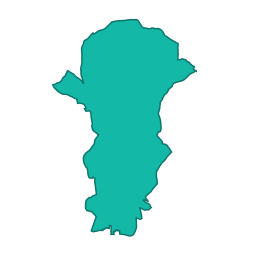 the district of Aiton, Cluj, Romania, rotated 266°
{"feature_id": "2599482B48595612895223", "entity_name": "Aiton", "entity_type": "district", "adm_level": 2, "iso_a3": "ROU", "parent_name": "Romania", "parent_adm1": "Cluj", "projection": "equal_earth", "projection_center": [23.738, 46.677], "detail": "fine", "context": "isolated", "style": "filled", "palette": "teal", "viewbox_px": 256, "rotation_deg": 266, "n_neighbors": 0, "source": "geoboundaries", "source_scale": "gbopen_adm2", "svg_char_len": 5680}
<svg xmlns="http://www.w3.org/2000/svg" viewBox="0 0 256 256"><g transform="rotate(266 128 128)"><path d="M169.3,60.7L168.2,62.2L166.5,64.9L166.2,65.7L166.2,66.4L166.0,67.7L166.0,68.4L165.5,69.8L164.4,71.9L163.7,72.6L163.2,74.0L162.5,75.1L161.2,77.0L160.4,79.0L160.2,79.1L157.7,79.2L156.1,79.5L156.2,80.7L156.2,81.4L155.9,83.2L155.7,83.7L154.8,85.3L154.5,85.8L154.2,86.1L153.3,86.6L150.6,87.4L150.4,87.3L150.2,86.9L150.2,86.0L148.6,86.7L147.8,87.2L147.7,87.3L147.7,87.5L147.8,90.0L147.7,90.6L147.5,91.1L147.2,91.3L146.3,91.8L145.0,92.0L140.7,92.1L138.2,92.4L134.4,92.7L132.4,92.0L132.0,91.9L130.5,92.4L130.3,92.3L130.0,92.3L129.7,92.5L129.1,92.5L128.7,92.6L128.2,92.9L128.2,93.2L127.0,93.9L126.6,94.6L125.3,96.0L123.8,97.4L123.5,97.6L123.5,97.9L123.0,97.8L121.0,96.4L118.9,94.4L115.0,93.3L113.6,92.6L111.8,90.8L110.4,89.9L109.8,89.3L108.1,87.8L107.6,86.6L105.9,84.2L105.5,83.8L103.5,82.2L100.8,81.4L98.9,81.3L97.4,81.6L96.0,81.7L95.2,82.1L92.2,83.2L92.2,83.3L91.1,84.2L90.4,84.5L88.4,84.8L83.4,85.0L81.4,85.7L81.0,86.0L80.8,86.5L80.5,88.6L80.5,88.9L80.7,89.3L81.2,90.0L80.8,90.2L80.5,90.5L80.1,91.5L77.1,91.1L63.9,91.9L63.6,91.3L63.4,90.7L63.4,90.2L63.2,89.7L62.3,87.5L61.9,86.9L61.4,86.4L61.2,86.2L61.3,84.9L61.2,84.2L60.1,82.8L59.0,81.5L58.1,81.0L53.8,80.2L52.3,80.1L50.7,80.2L48.5,81.2L48.3,81.6L48.2,82.7L47.5,84.3L47.4,85.1L47.0,85.6L46.8,86.1L43.5,88.9L42.5,89.6L41.7,90.1L29.1,84.7L28.1,84.3L27.8,84.3L27.0,85.9L27.0,86.3L27.3,88.5L27.4,90.4L27.9,91.7L27.6,95.8L28.6,95.7L28.8,96.1L28.7,97.6L29.6,98.2L29.9,98.6L29.5,99.6L29.9,100.5L29.4,101.3L29.2,102.3L32.0,102.6L31.5,104.3L31.5,104.5L30.7,104.3L27.0,103.9L26.2,103.9L25.9,103.7L24.6,104.1L24.1,103.9L23.2,103.5L23.2,104.3L22.8,106.6L25.5,106.6L25.6,106.8L25.6,108.0L26.6,108.1L27.0,110.1L26.2,110.1L26.3,112.3L23.2,112.4L22.7,112.5L22.2,116.1L22.1,116.3L21.7,117.6L21.5,118.5L21.0,119.6L21.0,119.9L20.3,121.6L20.2,122.1L20.1,122.5L20.3,123.6L20.7,124.9L21.4,126.0L21.5,126.0L22.4,126.7L23.9,127.7L27.3,129.2L28.2,129.5L28.8,129.6L38.0,129.9L38.1,130.0L37.6,130.5L37.2,131.1L36.2,133.6L36.3,134.7L36.8,135.5L40.5,135.3L43.4,134.8L44.7,134.8L45.6,134.6L47.5,134.3L46.5,136.4L45.7,137.5L45.0,138.8L44.9,139.4L45.1,141.1L45.0,142.1L45.0,142.7L45.3,143.2L45.6,143.7L47.1,145.6L47.4,145.3L48.6,144.7L49.7,144.4L50.3,144.1L50.7,143.5L51.3,142.9L52.0,141.3L52.9,140.0L54.5,138.3L54.9,138.1L55.0,138.2L55.0,138.4L55.2,139.0L55.2,139.4L55.0,140.0L54.9,140.4L54.5,140.9L54.3,141.5L53.8,142.1L53.6,142.9L53.8,142.9L54.2,142.6L56.2,141.2L57.3,140.8L58.2,140.7L59.5,142.1L60.2,142.7L60.6,143.5L61.3,144.2L62.9,146.5L65.3,148.3L70.5,153.4L76.1,153.2L76.3,152.8L81.8,153.2L83.3,154.0L87.4,156.7L90.8,159.4L92.1,160.7L92.3,161.3L92.5,161.7L95.5,164.3L96.8,165.1L97.1,165.6L97.5,165.9L97.9,166.5L98.9,167.3L99.7,168.5L100.8,169.3L101.0,169.8L103.1,168.5L103.7,168.3L104.7,167.8L106.1,166.7L107.6,166.1L107.9,165.9L108.4,165.2L109.0,164.2L109.3,163.5L109.7,161.7L110.2,161.2L110.9,161.1L111.3,161.4L111.6,161.4L112.4,161.0L115.8,158.4L117.0,157.3L118.4,156.3L120.8,157.4L121.7,157.8L122.0,157.8L122.0,159.3L122.3,159.8L122.4,160.0L123.5,160.5L124.6,160.8L125.7,161.0L132.7,161.0L136.3,160.3L139.3,159.5L140.7,159.2L142.0,159.9L145.3,161.0L147.8,161.3L149.5,161.8L151.1,162.0L151.9,162.4L153.1,163.3L154.1,164.3L155.5,164.6L156.0,165.0L156.8,165.6L158.4,166.7L159.1,167.5L159.6,168.3L161.0,169.7L163.0,171.0L163.5,170.9L166.4,175.0L168.0,175.6L168.8,176.1L169.6,177.2L169.8,177.6L170.0,178.7L170.4,179.5L170.4,180.4L170.8,182.2L171.1,183.9L171.5,185.5L171.8,186.4L172.1,187.0L173.7,189.2L174.0,189.6L176.6,192.5L177.2,193.3L177.7,194.0L178.4,195.8L178.8,197.1L179.2,197.8L180.0,199.0L180.0,199.6L179.8,200.0L180.2,200.0L180.5,199.8L181.6,197.6L182.0,197.4L182.3,197.4L184.4,198.4L184.6,198.6L184.8,199.1L184.7,198.5L184.7,198.0L185.3,197.0L186.1,196.0L186.8,195.6L187.5,194.7L188.2,194.2L188.9,194.0L189.1,193.8L189.4,193.4L189.1,193.1L189.3,192.7L190.5,191.5L191.0,191.3L191.6,190.7L192.0,190.0L193.3,186.9L193.3,186.7L192.7,185.7L192.5,185.0L192.5,184.1L192.8,183.0L192.8,182.4L196.6,182.9L198.5,183.2L200.3,183.1L202.2,183.4L202.9,183.4L203.9,183.2L204.5,183.1L206.3,183.7L208.9,183.8L209.1,183.2L209.6,182.2L210.5,181.3L211.0,180.1L211.9,179.0L212.9,177.4L213.7,176.3L214.6,175.2L216.4,173.1L217.3,171.8L217.9,171.1L218.5,170.7L220.3,170.1L221.6,169.4L223.4,168.0L224.2,167.0L224.6,166.3L225.0,165.4L225.2,162.1L225.5,161.4L226.0,159.4L226.0,158.5L225.6,157.4L225.5,156.7L225.6,155.8L226.4,152.6L226.7,151.0L227.2,149.8L227.4,149.4L229.6,148.0L230.1,148.0L234.6,145.4L235.0,144.9L235.5,144.0L235.6,143.0L235.6,141.6L235.8,139.5L235.9,138.6L235.8,135.2L235.6,133.5L235.5,132.1L235.6,126.2L235.5,123.5L235.3,122.2L235.0,120.8L234.9,119.3L231.5,115.4L229.8,113.2L229.2,112.7L228.6,111.6L227.7,109.4L227.6,107.9L227.4,107.4L226.8,105.2L224.5,101.4L224.2,100.8L224.1,100.1L225.2,99.8L225.1,99.6L224.5,98.8L224.3,98.4L220.3,94.6L219.0,92.4L218.2,90.6L218.0,90.4L216.4,89.8L215.0,89.5L213.3,88.3L212.3,88.0L211.2,87.4L210.7,87.3L208.4,87.1L206.3,87.2L205.3,87.1L204.4,87.2L201.6,86.9L197.5,86.7L194.9,86.3L192.2,85.4L190.2,85.0L188.4,85.0L187.4,85.1L185.4,84.9L184.3,84.9L183.8,85.0L182.2,85.6L179.0,86.1L177.3,86.6L176.6,86.7L175.7,86.5L175.7,86.4L176.7,85.9L178.1,85.0L180.0,83.3L181.2,81.7L183.2,79.2L184.0,78.5L185.3,77.6L185.8,77.0L186.3,76.1L187.7,74.2L187.8,74.0L189.0,72.5L189.3,72.3L189.4,72.0L188.9,71.3L187.5,70.7L186.2,69.9L185.1,69.4L184.4,69.0L183.7,67.9L182.6,66.9L182.5,66.4L180.6,65.5L179.6,64.8L178.7,63.6L178.3,62.8L178.1,61.8L178.1,60.8L177.1,59.2L176.8,58.6L176.7,57.8L176.3,56.0L175.8,56.2L174.4,56.7L173.4,57.2L170.9,59.4L170.0,60.0L169.5,60.6L169.3,60.7Z" fill="#14b8a6" stroke="#0f766e" stroke-width="1.5"/></g></svg>